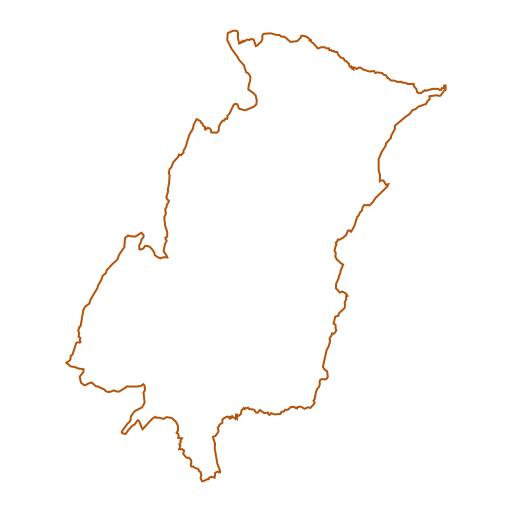 Mawlaik, Sagaing, Myanmar
{"feature_id": "60261553B47097675193132", "entity_name": "Mawlaik", "entity_type": "district", "adm_level": 2, "iso_a3": "MMR", "parent_name": "Myanmar", "parent_adm1": "Sagaing", "projection": "orthographic", "projection_center": [94.742, 23.948], "detail": "fine", "context": "isolated", "style": "outline", "palette": "amber", "viewbox_px": 512, "rotation_deg": 0, "n_neighbors": 0, "source": "geoboundaries", "source_scale": "gbopen_adm2", "svg_char_len": 5969}
<svg xmlns="http://www.w3.org/2000/svg" viewBox="0 0 512 512"><path d="M196.6,119.1L193.8,124.6L192.8,128.9L189.2,135.1L185.5,147.3L183.5,150.7L183.6,152.6L181.1,155.2L178.8,154.6L178.5,156.5L173.3,162.2L171.3,167.3L169.6,169.1L168.8,173.0L169.6,175.1L169.1,183.2L167.7,190.2L168.2,191.0L166.4,197.3L167.2,199.3L168.8,200.6L168.7,202.0L166.8,204.9L166.5,207.3L165.2,209.1L165.9,213.7L164.2,217.4L165.2,226.0L167.2,231.9L167.2,236.6L165.3,238.0L166.7,240.8L164.9,244.3L163.6,251.3L166.5,255.4L167.3,257.5L163.6,257.2L160.3,258.4L157.1,256.8L154.8,255.0L154.1,252.2L152.2,249.4L150.0,247.1L147.8,246.0L144.9,246.1L143.3,248.5L140.6,249.6L139.4,249.1L139.1,245.5L140.7,242.6L141.6,239.4L143.4,237.2L143.7,235.3L141.4,232.7L135.4,236.6L129.4,236.1L128.1,235.4L125.0,238.1L124.4,247.0L119.0,254.9L117.6,259.2L111.6,264.9L106.7,270.3L105.8,273.1L102.7,275.7L101.3,279.8L98.2,285.3L97.4,288.1L90.4,299.8L89.4,303.5L85.1,306.7L83.4,309.9L80.5,326.4L79.2,327.0L79.1,328.6L78.2,330.1L79.2,333.7L78.5,336.5L80.3,337.8L79.8,340.2L80.6,342.0L79.8,342.6L77.9,342.3L76.3,342.9L72.4,354.8L70.7,355.9L70.5,359.0L69.6,360.6L66.4,362.7L70.5,366.3L75.2,367.2L78.7,368.6L83.5,369.2L83.4,372.1L79.7,376.5L81.0,382.7L84.1,385.1L85.7,385.1L88.3,383.5L91.7,382.5L96.0,386.4L97.6,386.4L104.4,389.5L105.8,391.3L109.3,392.1L114.0,390.4L116.3,391.5L118.9,391.6L125.3,387.9L126.4,386.5L137.5,386.5L140.9,385.9L143.3,384.2L144.5,385.6L145.0,388.8L144.7,390.7L143.5,392.6L144.6,402.3L143.8,404.4L142.0,407.4L135.2,410.9L133.8,412.2L130.9,416.5L130.6,419.9L129.5,421.9L127.4,423.8L121.9,431.3L121.8,432.7L123.4,433.6L125.7,433.9L128.4,430.0L132.4,425.6L134.6,424.5L137.6,420.3L138.9,420.7L142.5,429.3L152.1,418.9L155.2,416.8L156.5,417.8L158.6,417.6L163.7,418.9L166.7,417.1L171.8,418.0L176.1,422.0L178.0,426.2L178.0,430.5L176.6,432.8L178.1,433.8L178.7,436.0L178.2,437.9L182.0,438.3L180.4,440.9L180.7,442.5L179.3,444.3L180.4,445.7L179.1,449.3L182.0,449.1L184.1,450.7L183.2,453.8L185.9,457.2L187.7,458.0L188.8,457.7L190.8,459.7L191.4,462.4L190.7,465.0L191.1,466.2L191.8,466.7L193.3,466.4L194.3,467.5L198.4,469.2L199.1,471.1L200.4,471.9L201.4,475.4L200.5,478.1L202.1,481.2L203.2,481.3L207.3,479.2L208.6,479.3L209.1,477.9L211.3,476.7L214.6,477.7L215.3,472.7L217.6,471.6L219.8,472.5L220.1,471.0L217.4,463.8L214.7,448.3L215.1,443.6L212.8,437.0L215.5,435.9L217.7,432.9L218.5,431.1L217.8,427.5L218.9,426.5L219.4,424.7L222.4,422.8L222.3,419.7L223.4,418.6L226.3,416.9L227.9,416.6L230.1,418.7L231.7,417.4L230.4,416.8L232.1,416.1L232.8,417.3L234.3,417.8L235.5,418.9L235.9,415.8L237.1,417.9L237.1,414.8L238.7,415.8L240.9,414.0L241.4,410.6L243.6,408.2L243.9,409.0L244.7,409.1L245.1,408.3L248.2,407.7L249.1,409.0L254.0,409.6L256.3,412.8L258.1,412.4L259.9,410.0L264.2,413.1L268.0,412.6L268.5,414.5L269.8,414.8L271.2,413.1L274.7,414.4L280.3,414.0L281.5,411.8L284.2,411.4L285.0,409.8L287.7,409.8L290.8,407.1L294.3,406.8L295.4,407.9L297.1,408.4L297.3,407.2L300.8,406.6L304.5,408.8L308.1,407.3L310.5,407.9L314.3,403.6L314.6,402.4L313.5,400.8L314.7,398.9L315.9,392.0L317.4,388.7L319.1,386.7L319.9,383.7L319.5,382.1L320.4,379.7L322.2,379.1L325.9,379.4L327.3,378.0L327.8,376.6L327.1,371.3L324.5,369.5L322.9,366.8L326.8,349.4L328.2,347.6L330.0,341.9L329.6,338.4L331.9,334.5L331.9,333.5L333.5,333.8L335.0,332.6L336.3,330.3L335.7,328.9L335.5,324.8L333.6,323.6L335.2,316.7L338.5,315.7L338.6,314.1L339.7,312.5L344.5,308.2L345.0,305.4L344.7,302.5L346.2,299.0L346.1,296.3L347.4,295.9L346.1,293.7L342.3,291.5L339.9,292.6L335.9,288.2L336.1,283.7L338.5,278.6L339.0,275.7L340.3,273.5L340.6,270.7L343.2,264.6L340.7,263.1L336.9,259.5L335.3,256.6L335.8,253.0L334.5,250.9L335.5,246.4L336.5,244.6L335.7,242.7L336.9,241.9L337.9,239.5L339.4,239.8L343.0,237.8L346.3,234.8L347.9,230.6L349.6,230.5L350.3,231.4L351.1,230.9L351.4,231.3L354.5,225.7L357.2,216.9L358.5,215.6L360.2,212.2L361.8,210.8L362.5,207.7L364.2,205.0L367.1,205.3L367.9,204.8L369.4,205.5L372.7,202.3L375.5,198.0L387.3,186.5L388.3,184.2L386.0,184.8L383.4,180.5L381.1,180.5L379.8,181.2L380.0,174.8L378.7,170.6L378.6,159.3L381.7,151.9L385.7,145.7L385.9,143.5L390.9,138.0L391.2,135.8L395.0,128.6L394.9,125.8L405.0,117.2L409.6,114.0L412.5,110.1L415.4,109.2L418.5,106.6L426.1,103.9L427.9,100.6L429.6,99.4L429.5,96.2L436.6,95.3L439.6,95.9L440.7,95.5L443.8,91.1L445.6,89.9L445.5,85.8L445.4,85.3L444.7,85.3L443.9,86.2L444.0,88.0L443.0,88.5L441.7,88.2L441.1,89.8L439.9,90.0L438.1,88.9L432.3,88.9L426.0,90.8L425.0,90.1L420.8,93.2L418.8,93.2L417.0,91.9L416.5,89.2L413.9,86.2L413.7,83.9L407.7,84.0L405.9,82.9L401.9,82.5L401.3,81.7L398.0,82.0L394.0,80.6L390.8,80.4L388.3,78.0L387.5,78.1L385.9,75.2L383.6,74.7L382.0,73.0L377.2,72.4L375.3,73.0L374.0,71.1L369.4,71.5L362.9,69.4L360.4,67.6L358.9,67.6L356.5,69.0L353.7,67.2L353.0,67.4L353.3,69.3L351.6,68.3L351.2,66.6L350.5,67.1L349.2,65.7L349.0,63.8L346.1,61.1L344.6,60.5L343.5,58.3L340.6,57.5L338.5,55.0L337.1,52.0L334.4,51.8L333.9,51.0L332.1,51.1L331.2,50.1L329.3,50.1L329.2,48.4L326.8,48.4L324.8,47.3L321.3,47.2L317.9,48.5L313.3,43.3L311.2,41.8L310.8,40.1L309.5,40.4L309.5,39.0L307.2,37.1L303.5,35.8L301.3,35.8L300.7,37.7L297.1,41.2L290.5,41.9L284.6,36.8L281.0,36.5L279.5,35.0L276.3,34.9L270.6,33.3L263.7,33.8L262.4,35.0L262.3,39.4L261.1,41.8L258.7,43.7L258.2,44.8L255.9,46.1L253.7,39.6L251.0,39.0L249.7,39.9L246.7,39.7L244.5,41.3L242.9,40.8L242.9,41.8L241.1,41.8L241.0,42.8L239.1,43.5L237.9,37.3L238.1,32.6L236.9,30.9L233.2,30.7L227.8,33.0L227.2,40.0L231.8,49.2L237.3,56.6L239.3,60.2L243.9,65.2L246.1,72.1L248.9,73.9L250.0,76.0L250.4,77.6L250.1,81.1L248.9,84.4L248.3,89.5L253.4,93.1L255.7,95.5L256.8,100.7L256.3,104.3L253.9,106.7L245.1,110.3L239.8,108.9L238.7,108.1L237.7,105.0L236.9,104.1L235.1,103.9L233.6,104.9L229.5,113.6L227.3,115.9L227.6,117.4L227.0,118.9L225.4,118.6L224.0,120.7L222.7,120.7L221.1,122.4L219.0,126.6L218.7,130.5L217.0,132.7L211.3,132.4L210.9,129.9L209.9,128.6L207.9,127.7L205.5,129.6L204.8,128.9L205.1,127.1L203.0,125.6L202.3,123.5L200.9,122.5L200.5,121.1L196.6,119.1Z" fill="none" stroke="#b45309" stroke-width="2"/></svg>